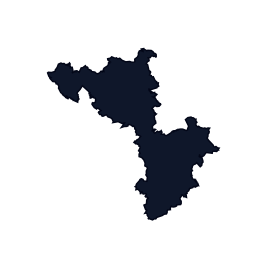 outline of Mixtlán, Jalisco, Mexico, rotated 197°
{"feature_id": "50627088B12343009678657", "entity_name": "Mixtlán", "entity_type": "district", "adm_level": 2, "iso_a3": "MEX", "parent_name": "Mexico", "parent_adm1": "Jalisco", "projection": "albers", "projection_center": [-104.454, 20.522], "detail": "fine", "context": "isolated", "style": "filled", "palette": "ink", "viewbox_px": 256, "rotation_deg": 197, "n_neighbors": 0, "source": "geoboundaries", "source_scale": "gbopen_adm2", "svg_char_len": 5865}
<svg xmlns="http://www.w3.org/2000/svg" viewBox="0 0 256 256"><g transform="rotate(197 128 128)"><path d="M199.8,140.6L197.6,139.7L196.8,140.0L196.6,139.0L195.5,138.8L195.4,139.6L196.4,140.0L195.9,140.7L194.7,140.0L194.9,138.8L194.0,138.5L193.9,139.2L192.5,140.3L190.8,139.2L190.4,139.7L189.6,139.1L188.9,139.2L188.6,138.6L188.2,139.0L187.8,138.5L183.7,138.0L183.9,139.0L184.6,139.6L184.3,140.4L183.7,140.4L183.4,141.4L184.5,142.3L184.5,143.2L185.4,144.2L185.4,145.1L186.8,146.0L186.9,147.1L185.1,151.0L184.0,155.1L174.7,150.7L174.7,149.9L175.4,150.0L175.2,149.3L173.3,148.8L173.9,147.9L172.9,147.7L173.4,146.7L172.8,145.6L171.5,146.5L170.9,147.8L169.8,146.9L168.0,146.9L166.9,145.1L167.1,144.2L166.7,143.0L168.2,141.8L169.0,142.0L169.5,141.3L169.3,140.1L166.2,137.7L164.3,137.2L164.7,137.8L164.0,137.3L162.3,138.1L158.9,136.8L160.7,134.9L160.8,134.2L159.0,132.7L157.4,133.0L156.3,131.8L155.3,132.0L152.6,134.4L150.4,132.8L147.6,132.7L145.9,132.1L143.8,129.6L144.0,128.8L139.3,131.2L134.6,130.6L133.4,131.8L132.7,131.9L134.5,126.6L132.1,128.3L129.6,129.2L128.6,130.1L128.9,131.0L128.5,131.6L126.4,131.8L123.9,130.9L123.2,131.6L121.8,130.5L121.2,129.1L119.6,128.2L119.7,126.5L118.1,125.0L117.9,123.8L116.4,124.3L113.5,123.7L114.7,120.3L115.8,119.6L116.7,117.7L117.7,117.4L118.0,116.0L117.1,116.2L116.8,115.4L115.9,115.1L114.0,115.7L113.9,115.2L112.3,114.8L112.2,113.9L111.4,114.0L110.6,112.7L111.2,109.3L110.3,108.9L109.1,107.2L109.8,106.4L109.0,103.9L106.3,103.8L103.5,102.1L101.4,99.6L100.8,96.7L98.6,96.3L97.6,95.1L97.9,92.2L97.0,89.4L97.2,88.4L95.1,86.7L94.4,82.5L97.4,81.9L98.7,83.2L100.5,83.3L101.5,82.2L101.4,81.5L103.5,76.8L103.4,74.8L104.0,74.0L102.6,73.6L102.4,71.3L100.9,72.3L99.3,71.7L97.6,70.5L97.0,68.9L96.5,69.1L96.5,70.7L96.1,71.1L94.2,69.3L91.8,70.4L91.0,69.8L91.6,67.7L90.9,67.2L89.7,67.6L88.7,66.8L87.6,67.0L88.8,66.1L89.0,64.4L88.1,60.7L90.2,58.9L87.3,55.1L86.8,55.4L85.9,54.8L86.9,51.4L85.8,52.0L84.4,51.4L84.2,50.3L81.7,48.1L82.1,47.3L81.7,47.1L81.0,47.5L77.7,47.3L76.0,49.1L74.9,49.2L74.3,51.0L69.8,54.2L68.1,56.2L66.1,57.1L65.9,58.6L66.4,60.4L66.1,61.2L63.6,62.3L64.1,63.3L63.8,65.9L61.9,65.6L60.0,66.5L58.8,67.6L58.8,68.8L55.3,70.2L55.1,71.4L55.8,73.6L57.3,74.8L57.8,76.0L56.9,78.9L57.2,79.6L56.0,79.9L54.4,78.5L53.6,79.0L51.8,78.8L52.7,80.8L53.8,81.4L52.4,82.7L53.0,83.7L51.6,85.8L51.4,88.1L48.6,90.0L48.3,91.2L46.8,91.7L46.7,91.2L46.1,91.3L46.2,91.9L44.8,92.7L44.7,93.4L43.7,93.5L45.2,95.6L46.5,96.0L46.6,96.7L47.5,96.6L47.6,97.5L48.3,97.1L49.1,97.4L48.8,98.4L51.4,98.0L52.0,99.2L52.9,99.8L52.8,100.3L53.3,100.4L53.0,100.9L53.7,100.9L53.5,101.9L54.1,102.2L54.0,102.8L54.9,104.8L53.9,106.0L55.5,107.6L55.1,108.4L55.2,110.8L54.6,112.1L52.8,113.5L52.2,114.9L47.6,112.1L46.6,113.7L46.9,116.2L46.3,117.3L47.0,118.8L48.3,120.7L51.5,121.5L51.8,123.9L51.4,122.6L50.5,122.0L48.5,122.3L47.3,123.9L46.4,126.7L45.7,127.5L40.1,128.5L40.3,130.0L39.6,130.8L36.3,131.5L35.5,133.2L35.0,133.4L35.5,133.9L35.0,135.4L36.5,135.2L38.5,136.0L39.5,135.1L40.5,135.3L41.7,136.6L47.4,139.8L49.5,141.5L49.1,143.1L49.7,145.7L49.1,146.9L49.3,148.3L50.5,149.6L49.9,151.7L51.5,151.4L53.2,150.2L54.5,150.5L55.8,149.7L59.3,149.6L60.9,150.3L61.6,149.5L63.4,150.2L64.3,151.5L64.4,152.3L63.8,153.6L65.1,154.5L65.6,156.3L66.3,155.9L68.3,156.8L70.4,156.5L70.9,156.9L73.8,155.4L75.5,152.8L71.1,148.1L70.4,146.6L70.8,145.3L70.5,143.6L71.6,142.6L75.3,142.9L77.2,142.4L79.0,141.6L79.2,141.1L79.9,141.2L80.1,140.4L81.1,140.3L81.0,139.6L83.1,138.8L82.9,138.1L83.4,137.7L84.0,138.3L84.6,137.8L85.7,135.6L88.9,132.0L90.5,131.8L91.8,132.8L92.1,132.3L94.4,131.8L94.3,133.9L95.5,135.2L95.9,134.2L96.6,134.0L97.2,133.1L99.0,133.5L100.8,130.9L102.0,131.3L102.0,132.1L104.1,132.4L103.9,132.9L101.8,133.6L101.2,134.6L102.1,134.7L103.1,134.0L104.0,134.3L105.2,136.5L104.6,138.2L102.8,140.8L103.8,142.8L104.6,143.2L106.5,147.3L105.0,149.7L106.9,149.9L106.7,150.6L107.6,150.8L108.7,152.5L110.8,153.6L109.3,156.5L108.5,157.2L106.7,157.0L104.6,157.9L103.6,160.0L104.1,160.7L105.4,160.7L106.4,161.6L107.3,161.5L107.7,162.4L108.3,162.2L110.4,164.3L113.0,164.9L111.4,165.5L111.9,166.3L111.0,166.8L110.2,168.6L112.6,169.1L112.9,169.8L114.6,169.0L115.2,169.3L115.1,168.6L116.2,168.0L116.9,168.8L116.5,169.3L116.8,169.8L118.2,169.6L118.7,170.5L119.3,170.6L119.3,171.4L117.8,171.1L112.2,174.9L112.3,175.4L110.9,177.0L111.9,178.2L112.2,180.0L113.9,179.3L114.0,180.5L116.0,181.3L118.8,184.4L119.7,183.9L120.7,184.2L121.0,184.9L122.9,185.0L122.7,187.8L123.4,188.0L123.2,188.6L124.9,189.2L127.7,194.2L129.3,194.6L128.9,196.9L127.5,198.5L128.2,200.0L129.2,201.0L127.4,201.8L126.7,203.7L126.0,204.1L124.5,203.9L123.8,204.5L122.1,204.0L121.9,204.7L122.7,206.7L124.4,207.3L125.3,207.0L126.4,208.3L128.5,208.9L132.0,208.0L132.5,207.4L135.6,208.0L136.1,208.6L138.2,207.5L136.3,206.3L136.1,205.6L138.5,206.0L139.7,204.9L140.0,202.7L139.4,200.9L139.7,198.6L141.7,195.8L140.8,193.5L141.4,192.7L143.6,192.0L145.9,192.1L149.5,190.6L153.4,191.0L156.3,192.3L158.0,191.1L159.6,191.7L160.7,190.9L164.4,191.3L165.3,189.6L167.7,188.3L167.2,187.2L164.3,186.0L165.6,185.0L165.7,184.6L164.8,184.4L165.4,183.5L165.5,181.7L168.3,178.3L168.7,176.9L167.6,175.0L169.1,175.0L168.9,174.3L170.5,174.3L171.1,172.6L172.7,171.0L174.8,171.0L176.0,171.8L179.3,171.3L180.2,172.3L183.5,172.7L184.1,174.0L184.9,174.4L185.8,174.1L187.0,175.1L189.0,172.3L190.3,171.8L191.0,167.1L193.6,167.8L195.3,167.0L194.8,166.5L195.4,166.5L197.1,164.6L197.4,164.7L197.3,166.5L199.1,169.7L200.7,168.8L201.0,170.1L201.8,170.3L202.1,172.4L203.0,173.1L203.7,171.3L203.5,170.1L205.3,170.1L204.9,171.0L206.1,170.2L208.0,171.0L209.5,170.3L211.1,170.5L213.2,168.7L213.4,165.4L214.5,162.1L214.2,160.8L217.4,158.7L220.5,158.0L221.0,157.2L218.6,154.1L216.6,153.7L217.4,153.0L217.1,152.6L213.6,150.5L210.8,150.9L209.6,149.2L208.0,149.4L206.2,147.4L206.1,145.8L202.6,142.2L199.9,141.3L199.5,140.8L199.8,140.6Z" fill="#0f172a" stroke="#020617" stroke-width="1.5"/></g></svg>